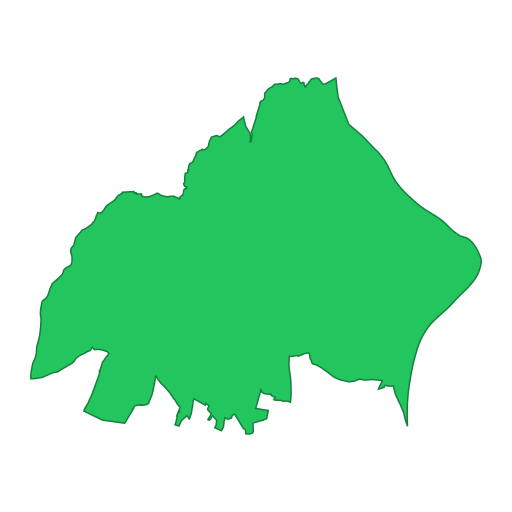 Soledad, Atlántico, Colombia (Equal Earth projection)
{"feature_id": "7082276B16795204487945", "entity_name": "Soledad", "entity_type": "district", "adm_level": 2, "iso_a3": "COL", "parent_name": "Colombia", "parent_adm1": "Atlántico", "projection": "equal_earth", "projection_center": [-74.779, 10.91], "detail": "fine", "context": "isolated", "style": "filled", "palette": "green", "viewbox_px": 512, "rotation_deg": 0, "n_neighbors": 0, "source": "geoboundaries", "source_scale": "gbopen_adm2", "svg_char_len": 5961}
<svg xmlns="http://www.w3.org/2000/svg" viewBox="0 0 512 512"><path d="M77.1,235.9L75.7,237.8L75.5,238.5L73.8,245.0L73.1,246.1L71.6,247.6L70.7,249.5L70.6,250.4L70.7,251.6L72.0,256.8L72.0,260.2L71.8,262.7L71.2,264.2L70.6,265.3L69.4,266.1L66.3,267.6L64.9,268.8L63.8,269.9L62.9,273.0L62.5,274.0L61.8,274.9L56.8,279.8L56.8,279.6L52.4,283.5L52.0,284.2L51.4,285.8L50.5,287.5L48.0,295.0L47.0,296.9L46.1,298.2L42.7,300.8L42.1,301.6L41.1,306.6L40.6,309.6L40.4,312.6L40.4,314.7L40.9,317.7L41.0,319.5L40.9,322.5L40.6,327.4L39.8,334.8L38.9,339.0L37.3,344.5L36.7,347.5L36.5,350.2L36.4,352.4L36.0,355.2L35.0,358.3L32.9,363.0L32.3,365.5L31.3,371.0L30.9,374.1L30.7,378.7L31.9,378.8L34.2,378.7L42.2,377.4L52.5,372.9L58.4,371.6L59.7,370.5L72.2,363.1L74.1,361.4L75.6,358.8L77.5,357.1L80.0,355.4L85.8,352.6L87.4,351.5L90.0,350.7L92.4,347.3L94.0,349.2L94.6,349.6L95.2,349.7L97.7,349.3L102.0,349.9L107.3,351.7L108.9,353.6L106.0,357.3L102.3,362.7L101.1,367.1L99.9,370.3L99.3,371.0L99.7,371.2L99.7,371.5L99.1,374.8L92.1,393.9L91.2,395.9L91.0,396.8L89.6,399.3L88.4,402.5L84.6,408.9L84.8,408.9L83.9,411.1L102.3,420.1L124.7,423.2L131.5,412.0L133.4,408.8L132.8,408.8L134.9,405.7L140.7,404.9L140.7,405.3L144.0,405.1L144.3,404.8L146.9,404.6L148.6,403.2L151.4,396.2L152.4,393.5L154.7,382.3L155.6,376.1L156.3,376.5L158.8,380.6L162.2,384.6L163.3,385.3L168.8,391.6L170.5,393.7L170.6,394.2L172.3,396.4L173.8,398.9L174.3,399.0L177.9,404.8L180.1,407.4L178.8,410.6L179.5,411.1L178.9,412.6L178.2,412.1L176.7,416.1L177.4,416.4L176.3,420.3L176.1,421.7L175.0,424.8L179.0,426.1L181.0,421.6L182.5,419.6L187.0,415.7L189.2,419.0L189.5,418.8L191.3,413.5L192.0,409.5L192.0,408.6L192.7,406.1L192.9,402.0L193.2,400.8L194.0,398.9L205.4,405.2L205.9,403.5L209.1,405.8L209.0,406.3L207.7,408.5L207.6,409.4L208.2,410.3L211.3,413.8L207.9,419.7L209.1,420.2L210.4,419.4L212.5,416.0L213.1,416.3L216.7,420.4L216.1,424.5L216.3,424.8L214.7,427.7L221.5,430.7L223.5,426.8L224.0,421.8L225.1,417.8L226.2,418.6L228.6,419.1L230.2,418.4L231.4,418.1L231.7,417.9L231.8,416.2L233.8,414.3L234.2,414.3L235.2,415.0L243.4,428.5L244.9,429.3L245.3,430.0L245.7,431.1L245.9,433.9L246.5,434.0L249.4,434.0L251.0,433.6L252.8,432.8L252.7,432.2L253.1,431.9L253.4,431.4L252.9,423.0L263.7,420.0L263.7,419.6L266.6,418.8L268.3,410.5L255.7,408.4L260.6,391.1L260.7,389.6L261.1,390.0L262.1,392.5L264.5,393.7L271.1,394.3L271.2,395.4L272.3,396.1L275.1,397.4L273.8,399.7L274.7,400.1L281.0,400.4L283.2,401.3L287.0,401.0L290.5,402.2L291.1,394.1L290.9,382.7L290.6,378.9L288.9,365.6L289.3,356.3L291.8,356.4L296.7,355.5L298.0,356.1L298.5,356.1L304.9,353.5L306.7,353.0L308.5,352.9L309.5,354.4L310.0,355.4L309.8,356.2L309.8,356.8L310.2,358.8L311.0,359.8L311.8,362.5L312.4,363.6L312.8,363.9L316.2,364.9L320.9,367.4L328.9,373.2L332.6,376.2L335.6,378.0L341.1,380.1L346.1,381.2L347.7,381.4L348.7,381.8L350.6,381.7L355.0,380.9L358.7,379.3L359.4,379.2L361.9,379.5L363.5,380.0L367.8,379.9L371.8,379.5L381.3,380.4L382.3,380.6L380.9,384.0L380.1,385.2L378.5,389.1L384.0,387.5L384.3,385.5L388.1,386.0L393.7,386.2L394.0,389.1L395.4,394.0L396.6,397.0L397.2,398.0L398.8,401.7L400.6,405.2L401.4,407.4L402.8,410.5L403.7,412.8L405.0,418.7L407.5,426.3L407.2,414.8L407.4,404.0L408.1,393.8L409.2,385.4L411.4,372.1L413.5,362.2L417.1,349.3L419.2,343.4L420.9,339.4L423.0,335.3L426.1,330.2L428.4,326.9L431.1,323.6L436.1,318.6L446.2,309.5L449.7,306.2L457.0,298.3L468.1,287.4L472.9,281.9L476.1,277.3L477.6,274.5L478.7,272.1L480.3,267.2L481.1,263.4L481.3,261.9L481.1,259.8L480.6,257.4L479.7,255.2L477.8,251.0L476.4,248.4L474.9,246.0L473.3,243.7L471.6,241.8L469.5,239.8L467.4,238.3L465.4,237.5L460.4,236.0L456.5,233.6L451.8,229.9L445.8,223.9L442.2,220.6L437.0,216.9L424.9,209.4L420.5,206.3L416.6,203.2L407.5,195.0L403.6,191.1L400.7,187.9L398.1,184.7L395.3,180.9L392.5,176.0L388.0,166.4L385.9,162.5L384.2,159.8L380.3,154.7L377.5,151.5L375.4,149.6L362.3,135.9L348.8,124.4L338.2,97.1L336.9,87.7L335.9,78.0L327.8,82.6L324.9,84.0L323.9,84.2L322.6,83.7L322.1,83.3L319.1,79.1L317.3,78.1L316.1,78.0L312.1,78.7L311.1,79.3L310.0,81.1L308.7,82.4L308.4,83.4L307.5,84.1L307.1,84.5L305.8,86.9L304.8,86.6L304.8,85.5L304.1,85.2L304.0,82.8L303.9,82.6L302.7,82.3L302.4,82.4L301.7,83.5L300.7,83.4L300.3,83.0L298.3,79.2L297.6,78.7L295.0,78.2L294.6,78.2L293.1,78.9L291.4,78.4L290.7,78.5L290.2,78.9L290.0,79.3L289.9,81.0L289.4,81.9L287.9,82.6L283.7,84.1L282.2,84.1L280.1,83.5L278.2,84.2L276.0,84.1L274.9,84.2L274.0,84.8L272.3,86.7L270.0,87.9L267.7,89.6L267.2,90.2L266.8,91.1L265.2,92.4L264.6,93.7L264.6,94.6L264.9,96.0L264.7,97.3L264.0,99.1L263.3,100.1L260.4,101.6L259.8,103.7L260.1,103.9L256.2,116.3L256.5,116.6L251.4,132.6L252.1,134.5L251.4,140.5L251.0,141.7L250.7,142.0L250.1,142.0L250.6,137.7L250.5,135.6L250.1,134.1L249.6,132.6L246.0,126.8L245.4,125.4L243.5,116.9L243.1,117.4L238.6,120.8L234.3,125.4L228.6,129.6L222.3,135.1L220.2,136.6L219.5,136.7L216.8,135.5L211.6,137.0L211.1,137.7L209.4,141.3L208.2,146.6L205.1,149.6L204.0,149.9L202.2,149.2L201.0,150.2L199.2,150.8L198.2,151.9L196.8,152.2L196.4,153.0L196.0,155.1L194.9,157.0L192.8,161.8L192.3,162.3L189.7,163.7L189.8,164.3L189.0,165.0L188.6,166.8L188.4,168.0L188.7,169.6L187.8,169.9L187.8,172.6L185.2,173.3L185.1,175.6L184.8,176.0L184.8,176.6L184.7,181.1L184.5,183.0L183.6,183.4L184.1,185.2L184.8,186.3L185.8,187.0L186.9,187.1L186.9,188.0L186.1,188.5L184.7,189.0L184.0,189.6L183.8,190.0L183.3,193.5L183.0,194.3L182.6,195.0L181.3,195.8L180.3,197.0L179.6,197.2L179.6,198.9L174.3,196.4L173.4,196.2L170.8,196.2L169.3,196.5L166.9,196.7L163.7,196.1L160.5,195.1L159.1,194.0L157.2,193.1L154.6,194.6L148.8,196.8L145.3,197.0L141.5,196.0L141.5,193.9L137.2,194.2L137.2,193.8L136.1,193.9L136.1,192.7L134.0,192.8L133.9,191.5L122.2,192.3L122.2,193.6L121.5,193.7L118.3,195.4L114.3,200.4L107.0,205.4L106.0,206.5L103.4,210.6L102.4,211.7L101.4,212.6L99.9,213.1L99.2,213.1L97.7,212.5L96.9,215.0L96.4,215.6L95.7,218.1L94.5,220.6L94.3,221.4L94.1,221.7L92.5,222.8L92.1,224.0L85.5,228.7L82.0,230.1L80.6,232.1L77.1,235.9Z" fill="#22c55e" stroke="#15803d" stroke-width="1.5"/></svg>